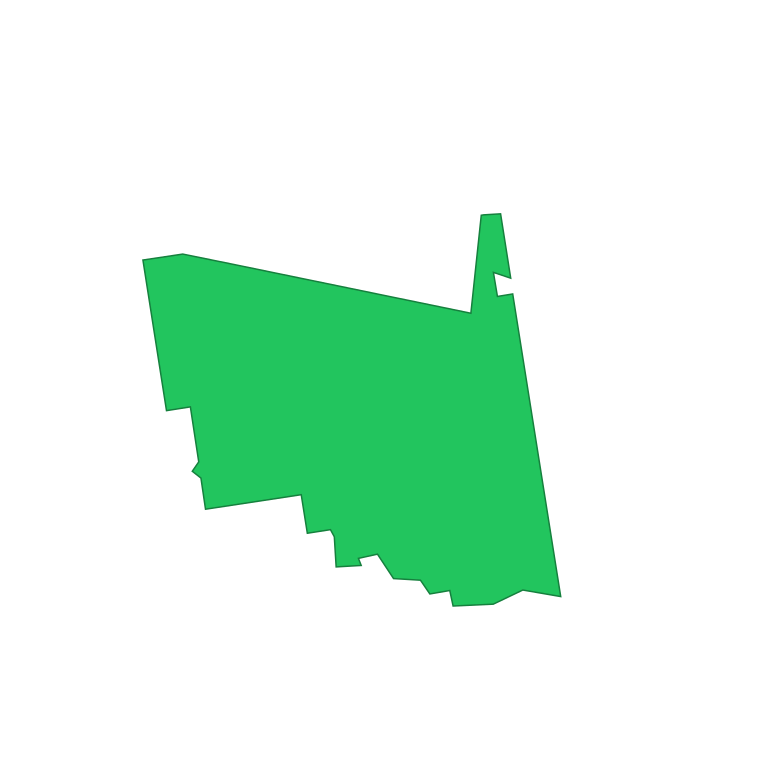 the district of Dodge, Georgia, United States of America, rotated 306°
{"feature_id": "52423323B39944248465098", "entity_name": "Dodge", "entity_type": "district", "adm_level": 2, "iso_a3": "USA", "parent_name": "United States of America", "parent_adm1": "Georgia", "projection": "mercator", "projection_center": [-83.2, 32.176], "detail": "fine", "context": "isolated", "style": "filled", "palette": "green", "viewbox_px": 768, "rotation_deg": 306, "n_neighbors": 0, "source": "geoboundaries", "source_scale": "gbopen_adm2", "svg_char_len": 579}
<svg xmlns="http://www.w3.org/2000/svg" viewBox="0 0 768 768"><g transform="rotate(306 384 384)"><path d="M207.9,452.8L223.8,472.2L227.9,465.8L242.5,478.7L232.2,506.1L246.7,528.8L241.1,544.5L255.6,558.6L245.0,570.4L270.1,601.8L298.9,617.4L315.9,651.9L532.5,435.2L521.5,424.3L538.6,406.9L544.1,424.3L590.2,378.3L579.5,365.3L577.7,363.5L492.3,412.7L393.4,194.4L370.8,144.8L342.6,116.1L234.6,223.7L251.7,240.8L212.1,279.9L200.7,280.2L200.3,291.2L177.8,313.2L245.8,382.1L218.2,409.7L234.7,426.3L231.2,433.6L207.9,452.8Z" fill="#22c55e" stroke="#15803d" stroke-width="1.5"/></g></svg>